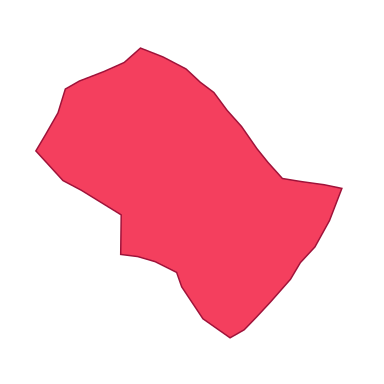 the district of Makrasyka, Cyprus, rotated 262°
{"feature_id": "46923920B17010547008979", "entity_name": "Makrasyka", "entity_type": "district", "adm_level": 2, "iso_a3": "CYP", "parent_name": "Cyprus", "parent_adm1": "", "projection": "mercator", "projection_center": [33.756, 35.072], "detail": "fine", "context": "isolated", "style": "filled", "palette": "rose", "viewbox_px": 384, "rotation_deg": 262, "n_neighbors": 0, "source": "geoboundaries", "source_scale": "gbopen_adm2", "svg_char_len": 635}
<svg xmlns="http://www.w3.org/2000/svg" viewBox="0 0 384 384"><g transform="rotate(262 192 192)"><path d="M254.4,43.1L221.3,65.8L209.3,82.4L179.2,118.7L140.1,112.7L135.6,129.3L128.1,145.9L114.5,165.6L99.5,168.6L64.9,185.2L42.3,209.4L48.3,224.5L58.9,238.1L72.4,254.7L76.1,259.0L91.9,277.4L107.0,289.5L120.5,306.1L144.6,324.2L174.7,340.9L180.7,324.2L186.7,303.1L188.7,296.5L192.8,283.4L210.8,271.3L225.9,262.3L249.9,250.2L268.0,238.1L287.5,227.5L299.6,215.4L314.6,203.3L329.7,182.2L341.7,161.0L329.7,142.9L323.6,121.7L317.6,96.0L311.6,80.9L289.0,70.3L269.5,55.2L254.4,43.1Z" fill="#f43f5e" stroke="#9f1239" stroke-width="1.5"/></g></svg>